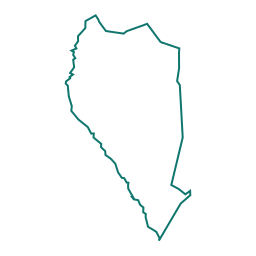 the district of Sampson, North Carolina, United States of America
{"feature_id": "52423323B72025487819763", "entity_name": "Sampson", "entity_type": "district", "adm_level": 2, "iso_a3": "USA", "parent_name": "United States of America", "parent_adm1": "North Carolina", "projection": "equal_earth", "projection_center": [-78.438, 34.935], "detail": "fine", "context": "isolated", "style": "outline", "palette": "teal", "viewbox_px": 256, "rotation_deg": 0, "n_neighbors": 0, "source": "geoboundaries", "source_scale": "gbopen_adm2", "svg_char_len": 1169}
<svg xmlns="http://www.w3.org/2000/svg" viewBox="0 0 256 256"><path d="M105.2,151.1L105.5,155.0L110.9,158.8L115.3,163.7L118.1,172.4L121.8,177.8L124.2,178.1L126.6,182.5L128.4,182.7L128.1,185.1L128.2,188.6L133.1,197.2L132.1,197.1L133.8,199.3L138.2,200.2L140.0,204.7L143.4,207.5L143.2,212.2L145.8,214.0L145.6,217.1L148.0,226.7L156.3,231.8L159.5,238.1L158.9,240.6L180.7,203.5L190.3,195.2L190.1,190.9L185.4,194.3L178.7,189.0L171.3,185.0L182.7,137.5L180.9,104.5L180.8,103.0L179.8,85.1L177.1,81.1L179.1,68.2L179.0,52.7L179.3,48.4L162.9,42.8L162.5,42.8L162.3,42.8L161.0,42.0L160.5,41.9L147.1,23.8L142.7,25.5L141.9,25.8L141.3,26.0L126.8,31.1L124.8,32.7L123.7,33.6L122.3,33.4L115.2,32.4L111.8,31.9L111.1,31.8L105.9,31.0L101.9,25.6L99.1,21.6L98.2,19.3L95.7,15.6L95.6,15.4L85.5,21.1L85.3,28.1L78.0,36.2L78.1,41.3L74.9,45.7L76.4,48.5L71.5,50.6L73.9,52.1L73.2,55.0L75.3,58.2L73.2,59.7L74.1,67.3L70.1,73.0L73.0,74.5L69.8,76.9L70.0,77.0L70.1,77.3L70.2,77.8L70.3,78.0L70.1,78.3L66.1,81.4L65.7,83.5L67.8,85.7L68.8,96.3L71.8,106.2L71.3,110.9L78.5,119.6L87.8,127.1L91.2,133.6L93.8,133.5L93.5,137.5L101.2,143.9L101.1,147.3L105.2,151.1Z" fill="none" stroke="#0f766e" stroke-width="2"/></svg>